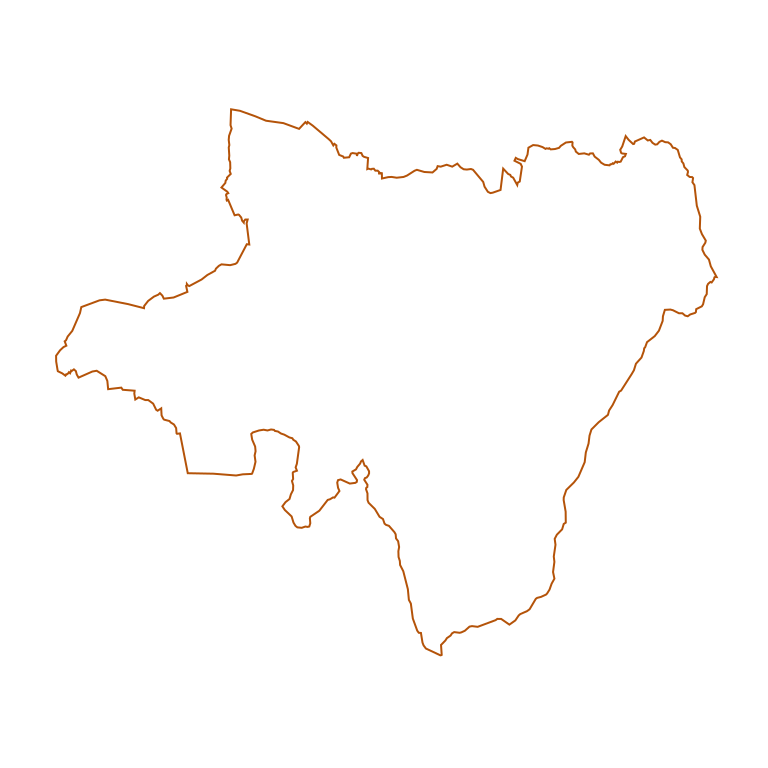 outline of SAG, Salaj, Romania, rotated 272°
{"feature_id": "2599482B5262468185664", "entity_name": "SAG", "entity_type": "district", "adm_level": 2, "iso_a3": "ROU", "parent_name": "Romania", "parent_adm1": "Salaj", "projection": "robinson", "projection_center": [22.788, 47.047], "detail": "fine", "context": "isolated", "style": "outline", "palette": "amber", "viewbox_px": 768, "rotation_deg": 272, "n_neighbors": 0, "source": "geoboundaries", "source_scale": "gbopen_adm2", "svg_char_len": 6137}
<svg xmlns="http://www.w3.org/2000/svg" viewBox="0 0 768 768"><g transform="rotate(272 384 384)"><path d="M502.5,712.7L513.0,706.5L519.7,704.4L524.5,700.0L529.2,697.5L532.0,697.6L536.4,700.2L538.5,700.6L544.9,696.5L550.3,694.2L562.2,694.2L573.1,690.4L593.6,687.3L596.4,685.2L600.6,685.7L601.5,684.8L601.6,682.2L603.5,679.7L606.5,680.4L607.9,680.1L611.3,676.6L614.9,675.5L616.8,673.8L618.9,673.6L620.8,671.9L628.2,669.4L630.0,666.6L630.2,664.5L633.6,662.2L635.4,659.5L635.5,656.6L636.9,653.3L635.6,650.8L633.1,648.7L632.7,646.7L634.4,643.9L637.2,641.6L636.6,639.1L639.5,635.3L635.1,626.3L632.8,625.6L632.5,624.6L636.6,619.9L640.2,616.9L629.7,613.8L626.3,611.9L623.3,612.9L622.7,613.9L622.4,617.7L620.0,616.9L619.0,614.9L614.5,612.8L614.1,611.5L614.3,609.9L613.4,609.3L614.4,607.8L612.1,605.8L612.6,604.9L611.6,603.9L611.5,602.6L610.4,601.8L610.8,596.8L612.8,593.2L615.5,590.9L618.6,586.6L621.8,584.7L621.6,581.9L620.3,580.8L621.5,576.1L620.7,570.6L623.0,567.6L625.1,566.9L627.3,564.8L628.8,563.9L632.0,564.0L632.6,563.4L631.7,557.4L628.2,552.4L626.1,550.7L624.8,546.7L624.3,542.4L625.4,540.9L624.9,540.3L625.2,538.2L624.6,537.2L626.3,534.2L627.7,529.5L628.0,524.7L625.2,520.1L618.3,519.4L611.6,516.8L613.5,509.8L614.6,507.8L611.7,506.6L608.8,512.9L606.1,514.3L591.1,512.6L589.9,510.6L587.5,510.2L594.7,505.9L595.8,503.7L597.4,502.9L598.2,500.8L603.4,495.6L582.0,493.7L579.0,486.0L578.5,483.7L579.7,481.1L584.7,477.6L589.4,476.1L601.2,465.5L601.9,463.4L601.2,459.3L601.4,456.1L603.3,452.9L606.8,449.6L603.6,444.6L605.3,439.0L603.2,433.1L603.6,430.0L600.8,429.1L597.1,425.1L597.3,416.9L599.2,409.4L598.2,407.1L593.1,399.7L591.6,396.3L590.6,389.5L591.2,384.4L590.9,381.0L589.3,374.8L594.6,374.5L594.8,373.0L594.2,372.9L594.2,371.7L595.7,371.7L597.0,370.2L596.9,367.9L598.8,366.3L598.6,364.4L598.0,363.7L598.7,360.9L598.2,359.8L609.3,360.2L610.3,356.2L611.2,354.7L614.0,353.3L614.2,350.6L613.5,349.8L611.0,349.0L613.2,348.7L613.7,344.5L613.1,342.9L609.4,341.3L608.7,336.0L609.9,335.3L611.4,331.2L618.6,328.1L620.8,328.1L622.3,326.0L620.7,325.0L624.7,322.6L626.8,320.2L639.7,303.8L643.2,298.6L641.5,297.8L643.0,296.3L636.0,290.2L641.2,274.4L643.0,256.9L647.0,246.2L652.0,230.5L653.2,221.6L637.3,221.6L633.9,222.8L626.6,220.5L622.5,220.3L617.4,221.1L615.0,220.6L606.9,221.4L603.1,221.2L600.3,222.5L594.1,222.9L591.6,222.3L588.6,223.5L584.8,219.9L583.6,220.1L581.7,218.7L579.4,218.4L574.7,214.7L570.7,220.7L569.3,221.7L568.4,220.0L567.4,219.5L564.8,220.3L562.6,220.2L561.8,220.6L562.6,221.8L547.4,228.8L548.3,232.4L548.0,233.2L545.4,235.5L542.3,236.5L540.4,238.2L541.8,238.3L543.5,239.6L543.6,242.0L539.8,241.1L518.7,244.5L518.9,242.0L500.2,233.0L498.9,231.4L497.4,226.1L497.9,217.4L496.3,214.8L493.4,212.0L491.3,211.2L486.8,203.7L482.1,198.1L475.1,186.0L475.6,184.7L477.1,183.5L475.7,183.5L475.1,182.8L469.2,184.3L463.1,170.7L461.6,161.0L464.6,159.4L467.0,156.9L465.4,155.3L463.3,151.0L458.8,145.4L453.6,141.6L451.4,141.5L454.9,125.5L458.6,102.4L457.7,96.8L450.3,78.8L444.3,77.7L426.2,70.6L420.4,66.2L416.6,64.7L415.5,63.4L411.2,65.2L409.7,62.4L406.4,59.1L400.8,55.3L395.0,55.6L386.9,57.2L385.4,57.6L383.4,62.1L381.2,65.3L382.6,66.1L382.4,66.5L383.4,67.8L384.8,68.7L383.8,69.9L386.3,70.8L385.9,71.2L387.8,73.6L386.1,75.6L382.8,76.6L379.7,78.5L386.3,92.1L387.2,96.4L382.1,105.2L377.4,107.4L369.2,108.5L371.2,121.6L369.1,123.1L368.6,135.0L365.6,134.8L359.8,136.0L362.1,139.4L359.6,146.0L359.7,149.0L356.3,154.0L350.3,157.2L349.4,158.7L351.9,162.2L344.9,162.8L341.6,164.6L340.7,165.5L339.5,170.9L338.1,172.2L336.2,175.5L332.7,177.8L327.5,178.4L327.0,178.9L327.5,181.8L288.0,191.0L288.4,216.7L287.4,239.4L288.8,246.0L289.5,254.6L289.8,255.3L294.7,256.9L301.8,258.3L308.1,257.2L312.3,258.0L317.0,257.4L323.8,254.2L328.7,253.2L329.5,253.1L331.0,254.6L333.2,260.7L334.1,265.3L333.5,269.2L334.6,272.7L334.3,275.7L333.3,276.6L332.8,279.7L330.9,282.8L329.9,286.1L327.3,291.3L326.6,294.3L325.1,295.3L323.5,298.0L319.1,301.1L318.0,301.4L301.2,299.7L297.6,298.6L294.3,300.0L292.9,296.4L292.0,295.9L285.9,296.5L283.9,295.4L279.5,296.8L274.8,296.8L270.5,294.8L265.8,293.6L262.5,289.7L258.2,286.7L254.6,289.3L248.4,296.3L242.3,298.4L239.1,300.5L237.7,302.4L237.4,306.8L238.8,310.4L238.5,312.7L239.0,314.3L242.3,315.2L247.2,314.6L248.7,315.0L255.1,323.8L266.2,331.8L266.9,334.0L268.9,337.1L268.7,338.5L275.5,343.2L278.7,341.7L283.8,340.7L286.3,341.4L287.1,344.0L283.3,353.3L284.2,358.8L285.2,360.2L287.0,360.4L293.8,355.6L295.4,355.4L297.7,359.0L300.2,360.2L303.6,362.9L305.8,363.7L307.3,365.3L301.7,367.5L301.1,369.2L296.3,372.1L294.2,372.2L292.0,371.4L290.0,370.0L289.2,368.2L287.6,367.6L282.7,371.0L280.4,370.9L279.6,369.9L278.3,369.7L274.1,371.3L267.4,371.6L264.8,372.7L258.8,379.2L251.1,384.2L249.0,387.7L244.5,389.4L243.3,390.9L242.4,393.9L236.3,399.6L234.2,400.9L230.1,401.4L227.4,403.6L221.6,404.8L217.4,404.2L211.6,404.6L207.7,406.0L203.7,406.4L197.6,409.8L179.8,415.0L169.1,416.4L165.5,418.5L150.6,421.0L138.7,425.8L136.6,427.4L136.5,429.6L126.9,431.5L124.1,432.7L121.1,435.1L114.8,449.8L115.1,451.0L115.5,451.1L125.2,450.1L129.8,454.3L132.2,455.7L134.9,459.3L137.2,460.7L138.5,462.8L138.0,468.3L138.5,470.0L140.2,473.4L144.5,477.9L145.1,480.4L144.6,486.1L151.9,503.8L153.2,505.4L153.3,509.3L147.9,517.7L152.3,523.5L157.4,526.7L158.8,528.2L162.0,534.9L164.0,537.4L174.6,543.2L175.6,544.5L176.7,548.3L179.2,553.3L180.3,554.3L184.3,556.6L190.3,558.5L195.4,561.1L202.0,559.5L212.2,560.5L217.5,559.7L229.3,561.0L235.2,560.0L239.4,562.0L245.0,567.1L250.4,568.5L251.8,570.5L262.7,570.0L274.3,567.6L276.9,567.6L284.5,569.9L292.2,577.2L298.0,581.5L312.9,587.3L322.7,588.1L331.6,590.5L339.6,591.2L345.8,592.9L353.3,599.9L361.0,608.9L365.4,609.9L370.9,613.2L384.5,619.3L385.7,621.2L402.6,631.2L406.5,633.3L413.1,635.1L419.4,640.4L426.0,642.5L428.8,642.8L429.8,643.7L435.0,645.4L441.3,652.9L446.9,656.9L456.8,660.3L461.4,660.4L467.9,662.1L468.4,667.6L467.8,670.2L465.0,676.3L465.1,679.8L462.9,682.5L462.3,685.2L464.2,687.6L465.9,692.4L466.8,693.2L469.7,693.4L472.7,698.9L474.8,700.1L481.9,701.5L485.1,703.4L493.1,703.4L495.4,704.4L497.4,706.6L496.9,707.9L500.2,710.1L502.1,710.5L502.6,711.2L502.5,712.7Z" fill="none" stroke="#b45309" stroke-width="2"/></g></svg>